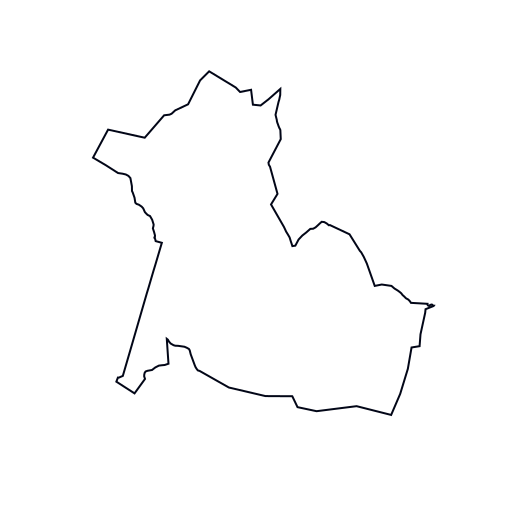 Santa Catarina Zapoquila, Oaxaca, Mexico (Mercator projection), rotated 17°
{"feature_id": "50627088B71795899371071", "entity_name": "Santa Catarina Zapoquila", "entity_type": "district", "adm_level": 2, "iso_a3": "MEX", "parent_name": "Mexico", "parent_adm1": "Oaxaca", "projection": "mercator", "projection_center": [-97.553, 18.025], "detail": "fine", "context": "isolated", "style": "outline", "palette": "ink", "viewbox_px": 512, "rotation_deg": 17, "n_neighbors": 0, "source": "geoboundaries", "source_scale": "gbopen_adm2", "svg_char_len": 2519}
<svg xmlns="http://www.w3.org/2000/svg" viewBox="0 0 512 512"><g transform="rotate(17 256 256)"><path d="M180.0,422.9L185.8,406.0L184.2,403.7L183.8,402.0L183.7,400.2L184.2,398.7L185.8,397.5L189.9,395.4L192.3,392.0L195.2,389.2L197.9,388.0L200.6,386.9L203.8,384.6L194.9,361.3L196.2,361.8L197.8,363.3L200.1,364.7L201.5,365.0L203.2,365.4L205.1,365.4L207.6,364.7L214.1,363.7L216.7,364.0L219.0,364.5L220.2,365.6L221.4,367.6L222.3,369.1L229.3,378.3L230.9,380.2L231.1,380.3L232.1,381.2L233.8,382.4L235.7,382.4L268.5,389.7L306.0,387.2L331.7,379.5L339.9,388.4L359.3,386.7L376.0,379.2L396.1,370.2L431.1,368.5L431.7,368.5L434.2,345.7L434.2,319.5L431.5,298.0L438.8,294.4L436.2,282.8L434.4,260.9L433.7,257.3L440.2,252.1L440.5,251.8L440.6,251.5L440.1,251.6L439.5,251.6L439.2,251.4L438.9,251.1L438.4,251.0L438.1,251.1L437.6,251.4L437.3,251.6L437.1,251.7L436.9,252.0L436.7,252.2L436.4,252.5L436.1,252.8L435.8,253.1L435.6,253.1L435.3,253.1L434.9,253.0L434.6,252.7L434.3,252.5L434.2,252.3L433.9,252.1L433.9,251.8L433.9,251.6L417.9,255.5L416.3,254.2L414.3,253.1L411.8,252.6L409.4,251.3L407.6,250.5L405.8,249.2L404.2,248.5L401.7,247.6L397.9,246.6L394.3,245.0L384.6,246.5L378.3,249.9L364.2,230.8L359.3,225.3L355.5,221.7L353.8,220.7L339.1,207.9L317.6,204.8L316.7,205.3L314.1,204.2L311.4,203.6L308.8,204.1L307.4,206.4L306.1,208.7L304.6,211.2L302.7,213.2L300.0,214.2L297.1,218.9L294.3,222.9L291.9,227.8L290.6,234.6L287.9,235.9L286.3,233.6L285.0,231.8L282.7,228.4L280.1,226.0L277.6,223.8L276.2,222.2L274.2,220.0L255.3,202.3L258.4,190.3L243.3,166.5L241.6,165.0L240.6,163.0L245.5,137.0L242.6,128.8L242.1,127.9L241.2,127.1L240.0,125.7L239.3,124.8L238.6,123.8L237.5,122.4L236.6,121.0L236.1,119.8L233.4,115.3L232.7,105.1L232.5,102.1L232.5,99.5L232.3,97.6L232.1,95.0L230.4,89.1L222.2,102.4L216.4,110.7L208.8,112.2L202.7,98.5L192.8,103.8L187.4,100.8L157.2,93.1L151.2,104.4L146.7,130.8L136.2,140.3L133.7,144.6L132.0,146.1L127.0,148.3L115.0,175.4L110.3,175.8L77.6,178.4L71.4,209.6L85.9,213.1L99.8,217.0L104.4,216.3L107.7,216.1L110.6,216.7L113.1,218.2L116.9,225.5L118.4,230.1L119.6,231.4L122.8,235.8L125.0,240.3L126.5,241.1L129.0,241.2L132.2,242.2L134.2,243.4L136.9,246.5L138.4,247.4L140.3,248.4L143.0,248.8L146.1,251.7L148.9,255.8L149.2,257.3L149.3,259.7L151.6,263.0L153.4,265.9L153.8,267.5L153.4,267.9L153.6,268.4L154.6,269.2L155.7,271.1L162.1,270.9L162.3,293.7L162.3,300.5L162.5,318.1L162.5,319.5L162.5,323.6L162.7,337.8L163.3,379.2L163.7,409.6L160.4,412.4L159.5,412.6L159.2,417.0L180.0,422.9Z" fill="none" stroke="#020617" stroke-width="2"/></g></svg>